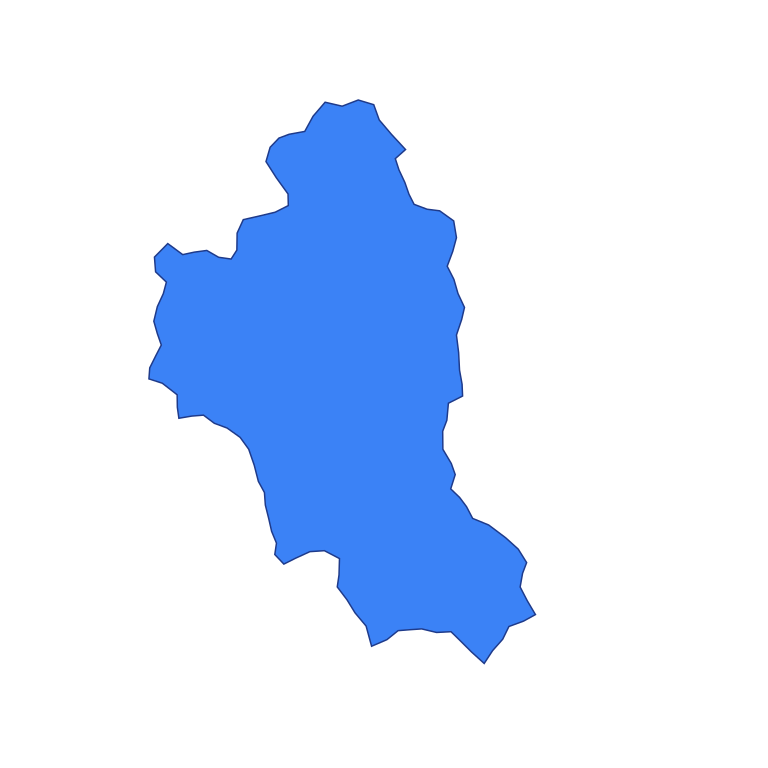 outline of Guarará, Minas Gerais, Brazil, rotated 307°
{"feature_id": "56859067B45812965390443", "entity_name": "Guarará", "entity_type": "district", "adm_level": 2, "iso_a3": "BRA", "parent_name": "Brazil", "parent_adm1": "Minas Gerais", "projection": "robinson", "projection_center": [-43.024, -21.763], "detail": "fine", "context": "isolated", "style": "filled", "palette": "blue", "viewbox_px": 768, "rotation_deg": 307, "n_neighbors": 0, "source": "geoboundaries", "source_scale": "gbopen_adm2", "svg_char_len": 1599}
<svg xmlns="http://www.w3.org/2000/svg" viewBox="0 0 768 768"><g transform="rotate(307 384 384)"><path d="M167.1,531.9L181.6,540.2L195.5,543.7L203.3,552.5L211.1,561.5L217.2,575.5L226.5,586.6L225.0,598.3L222.6,615.6L221.1,632.2L236.4,631.2L251.6,632.4L265.5,629.7L278.7,638.2L291.0,643.7L297.1,628.9L303.8,614.9L316.2,608.6L327.2,605.4L332.9,590.6L334.4,573.8L334.4,552.5L330.0,535.7L335.7,523.7L338.9,512.7L340.4,500.4L354.5,495.4L361.0,485.6L367.3,470.3L381.6,459.3L392.9,456.0L407.4,447.0L421.7,454.0L430.8,446.5L440.5,436.0L454.0,424.7L466.7,412.4L482.3,407.2L493.6,402.2L500.8,388.6L509.6,376.9L516.1,363.6L531.3,359.1L544.5,353.8L556.2,341.5L555.8,324.2L549.5,313.2L545.6,299.9L550.6,289.7L557.5,279.4L564.0,267.1L570.8,257.4L584.2,260.1L587.9,239.6L592.0,221.3L600.9,207.7L595.3,192.5L580.7,183.4L573.6,167.4L555.2,166.2L538.0,168.7L526.3,157.9L517.2,152.1L504.5,150.6L490.6,155.9L483.9,173.9L478.0,193.0L468.9,200.2L455.7,193.7L441.8,182.2L430.6,172.7L416.1,175.9L402.4,185.9L391.8,186.7L385.7,175.7L384.0,162.1L375.1,153.1L366.2,145.4L366.0,126.8L347.2,124.3L336.1,134.1L334.4,148.9L323.3,153.4L309.4,156.4L295.6,162.4L287.8,172.7L281.1,182.7L269.4,184.7L255.9,187.2L246.6,193.2L251.2,206.5L250.9,225.3L241.0,233.0L233.2,240.8L242.7,249.8L250.5,258.6L250.5,272.1L254.4,285.2L254.8,301.2L250.5,315.2L241.0,329.3L230.6,342.3L225.4,353.8L215.9,362.1L207.0,373.1L198.7,382.9L192.2,393.9L182.1,399.4L179.9,412.4L191.6,418.2L205.5,425.7L215.0,436.7L217.8,453.5L204.4,463.0L193.8,468.8L189.4,484.3L183.8,498.6L179.9,515.4L167.1,531.9Z" fill="#3b82f6" stroke="#1e3a8a" stroke-width="1.5"/></g></svg>